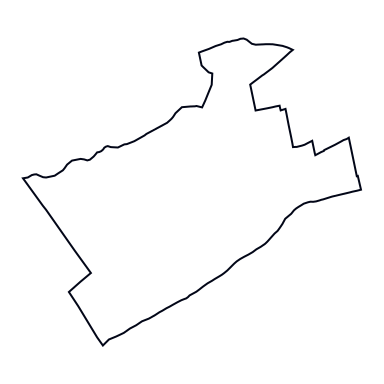 Mburucuyá, Corrientes, Argentina (Robinson projection)
{"feature_id": "61730980B72186775994784", "entity_name": "Mburucuyá", "entity_type": "district", "adm_level": 2, "iso_a3": "ARG", "parent_name": "Argentina", "parent_adm1": "Corrientes", "projection": "robinson", "projection_center": [-58.145, -28.012], "detail": "fine", "context": "isolated", "style": "outline", "palette": "ink", "viewbox_px": 384, "rotation_deg": 0, "n_neighbors": 0, "source": "geoboundaries", "source_scale": "gbopen_adm2", "svg_char_len": 2466}
<svg xmlns="http://www.w3.org/2000/svg" viewBox="0 0 384 384"><path d="M361.0,189.7L357.8,175.9L356.8,176.2L350.9,147.7L348.8,137.7L346.7,139.0L343.5,140.1L341.8,141.1L335.0,144.8L324.2,150.1L323.9,150.9L321.1,152.1L317.6,154.0L315.3,155.2L314.7,152.9L312.2,140.8L307.9,143.0L304.7,144.7L302.0,145.6L296.8,146.9L294.0,147.0L293.0,147.1L292.4,143.5L291.1,136.9L288.6,124.9L286.5,113.9L285.5,108.9L280.7,110.4L279.8,106.8L279.6,105.7L275.4,106.5L272.6,107.2L267.2,108.3L255.6,110.5L250.2,84.6L253.2,82.3L262.3,75.4L263.8,74.5L272.5,67.9L286.7,55.2L289.8,52.3L292.8,49.9L289.0,48.1L287.0,47.3L283.5,46.2L282.7,45.9L279.6,45.4L276.0,44.8L272.8,44.3L269.2,44.2L268.1,44.2L265.9,44.2L264.1,44.3L259.7,44.5L255.7,44.7L251.9,43.8L249.2,41.7L246.7,39.7L243.6,38.5L240.4,38.8L237.5,40.0L233.4,40.7L232.4,40.8L229.5,41.9L227.3,41.8L224.4,42.7L221.1,44.3L215.7,46.0L209.0,48.9L202.0,51.4L198.9,52.6L201.6,65.5L203.1,67.0L208.6,72.3L212.3,73.5L211.7,84.8L208.0,93.8L205.2,100.7L202.1,107.4L196.5,106.0L195.0,106.3L190.0,106.5L181.9,107.2L175.5,113.2L173.1,116.9L172.2,118.0L171.5,118.8L169.8,120.4L167.1,122.8L151.0,131.5L146.5,133.9L145.7,134.5L144.6,135.4L134.3,141.2L126.9,144.1L124.3,144.4L117.9,147.5L110.8,147.1L107.8,146.1L106.0,146.6L104.3,147.7L103.2,149.4L101.3,151.1L99.3,152.0L97.1,152.4L95.5,154.4L93.7,156.5L89.9,159.7L87.3,160.4L84.1,159.4L80.6,158.9L72.0,160.6L67.1,164.6L64.6,168.2L62.9,170.3L58.4,173.2L54.7,175.7L46.1,177.5L43.1,177.2L39.5,175.7L36.4,174.3L34.1,174.5L31.8,175.1L27.8,177.5L23.0,178.3L42.9,205.8L46.0,209.7L74.7,250.6L90.9,273.0L80.5,281.7L68.9,292.0L78.2,306.1L97.1,337.3L102.9,345.5L108.9,339.5L116.2,336.5L119.4,335.0L123.8,332.9L130.0,328.5L136.1,325.3L142.0,321.3L148.9,318.6L155.1,315.1L159.5,312.2L162.2,310.8L166.5,308.2L169.5,306.7L172.8,304.8L177.5,302.2L181.4,300.2L184.2,299.1L186.2,298.4L188.0,297.1L189.6,295.4L194.4,292.8L196.4,291.7L198.8,289.9L203.0,286.6L207.6,283.3L212.0,280.8L214.6,279.1L219.2,276.4L221.8,274.8L224.0,273.2L227.3,270.5L231.9,265.9L234.2,263.6L236.7,261.4L240.2,259.0L244.3,256.7L248.4,254.6L252.7,252.1L256.4,249.3L260.6,246.9L265.1,243.8L267.4,241.6L272.2,236.2L274.6,233.5L277.6,230.9L279.9,227.7L282.4,224.0L285.2,218.8L288.3,216.2L291.2,213.8L294.0,210.3L296.1,208.5L298.5,206.9L301.5,205.1L303.7,203.7L307.9,202.3L310.4,201.7L313.2,201.8L316.1,201.4L319.6,200.4L321.3,199.8L323.1,199.4L332.0,196.6L349.4,192.5L352.4,191.7L357.1,190.7L361.0,189.7Z" fill="none" stroke="#020617" stroke-width="2"/></svg>